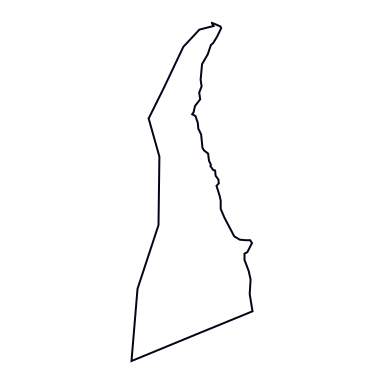 Ti Delcer, Soufrière, Saint Lucia (Albers equal-area conic projection)
{"feature_id": "8701671B68975897642122", "entity_name": "Ti Delcer", "entity_type": "district", "adm_level": 2, "iso_a3": "LCA", "parent_name": "Saint Lucia", "parent_adm1": "Soufrière", "projection": "albers", "projection_center": [-61.052, 13.833], "detail": "fine", "context": "isolated", "style": "outline", "palette": "ink", "viewbox_px": 384, "rotation_deg": 0, "n_neighbors": 0, "source": "geoboundaries", "source_scale": "gbopen_adm2", "svg_char_len": 978}
<svg xmlns="http://www.w3.org/2000/svg" viewBox="0 0 384 384"><path d="M148.6,118.3L159.4,156.6L158.5,225.1L137.5,288.9L131.5,361.0L196.1,334.4L252.0,311.5L252.5,311.3L249.7,294.0L250.6,279.6L248.7,271.0L244.5,259.9L244.5,253.6L247.3,252.2L252.0,243.1L250.1,240.2L245.5,240.2L239.9,239.7L237.8,238.5L234.2,236.3L224.4,217.6L220.7,208.9L220.7,200.8L219.8,196.4L216.5,185.8L218.8,183.4L218.4,179.6L215.6,175.7L215.1,170.5L213.2,170.0L210.4,166.1L210.9,164.7L209.0,160.8L208.1,153.6L203.9,150.3L202.5,147.9L202.4,147.4L202.0,143.1L201.1,134.4L198.3,128.6L197.8,122.9L195.5,116.1L192.2,114.2L193.6,112.3L195.0,106.0L200.2,99.3L199.2,92.6L201.6,86.3L200.6,79.6L200.8,77.9L201.9,65.9L202.0,64.2L207.6,54.6L207.9,53.9L210.9,45.0L211.4,44.6L213.2,43.0L215.1,39.9L217.0,36.8L221.2,28.1L220.7,27.1L220.3,26.4L213.9,23.6L213.6,23.5L212.0,23.0L212.0,23.3L213.6,26.0L199.4,29.6L183.3,46.9L164.0,87.6L150.2,115.4L148.8,118.2L148.6,118.3Z" fill="none" stroke="#020617" stroke-width="2"/></svg>